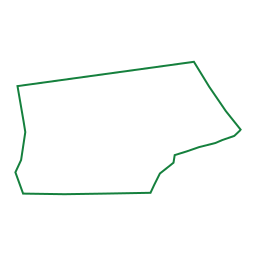 Taba, Shamal Sina', Egypt (Albers equal-area conic projection)
{"feature_id": "37247803B8228928204650", "entity_name": "Taba", "entity_type": "district", "adm_level": 2, "iso_a3": "EGY", "parent_name": "Egypt", "parent_adm1": "Shamal Sina'", "projection": "albers", "projection_center": [34.855, 29.499], "detail": "fine", "context": "isolated", "style": "outline", "palette": "green", "viewbox_px": 256, "rotation_deg": 0, "n_neighbors": 0, "source": "geoboundaries", "source_scale": "gbopen_adm2", "svg_char_len": 463}
<svg xmlns="http://www.w3.org/2000/svg" viewBox="0 0 256 256"><path d="M17.5,86.1L23.6,121.5L25.3,132.1L21.1,160.0L15.4,172.3L23.1,193.6L64.5,194.2L104.6,193.6L150.5,192.8L154.2,184.9L159.9,173.5L167.1,167.8L173.5,162.7L174.7,155.1L186.7,151.4L199.1,147.1L215.4,143.0L222.4,140.0L234.3,135.9L237.7,132.7L238.1,132.3L238.6,131.8L239.7,130.8L240.6,129.6L225.9,111.2L224.4,109.0L209.3,86.9L193.9,61.8L17.5,86.1Z" fill="none" stroke="#15803d" stroke-width="2"/></svg>